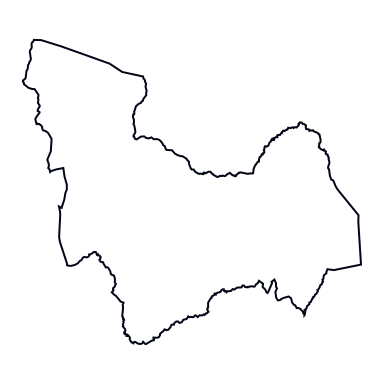 the district of Pusiga, Upper East, Ghana
{"feature_id": "2480657B9973692574538", "entity_name": "Pusiga", "entity_type": "district", "adm_level": 2, "iso_a3": "GHA", "parent_name": "Ghana", "parent_adm1": "Upper East", "projection": "equal_earth", "projection_center": [-0.091, 11.076], "detail": "fine", "context": "isolated", "style": "outline", "palette": "ink", "viewbox_px": 384, "rotation_deg": 0, "n_neighbors": 0, "source": "geoboundaries", "source_scale": "gbopen_adm2", "svg_char_len": 5988}
<svg xmlns="http://www.w3.org/2000/svg" viewBox="0 0 384 384"><path d="M361.0,264.6L358.3,221.9L358.5,215.2L337.5,189.4L335.6,186.2L333.3,180.5L331.3,179.6L329.9,175.8L329.1,169.7L328.0,167.9L328.6,165.2L329.3,163.7L329.4,161.8L328.5,159.1L328.9,157.8L328.0,156.4L327.8,155.1L327.1,154.4L326.4,154.5L325.6,153.3L326.0,151.8L325.0,150.6L324.1,150.7L323.9,149.5L322.5,150.0L320.6,148.9L318.8,147.2L319.3,146.2L318.9,145.5L319.3,144.5L319.2,143.3L320.4,142.5L320.6,139.8L319.4,134.3L318.7,134.3L318.0,133.1L313.6,131.2L312.9,130.2L312.0,130.6L310.8,130.3L309.4,130.9L309.1,129.6L308.5,129.3L306.2,129.1L305.7,127.5L306.0,125.5L304.3,124.2L302.5,123.8L301.9,122.6L301.0,122.8L299.9,122.3L298.5,123.9L299.0,124.6L298.7,125.1L296.6,127.5L294.3,127.2L293.6,128.0L293.0,127.4L292.0,127.4L290.9,128.1L288.2,127.7L287.8,129.0L287.1,129.2L286.7,130.0L286.1,129.9L284.5,131.0L283.8,130.6L282.8,131.0L282.0,132.8L281.6,132.5L280.1,134.9L277.7,135.0L277.5,135.9L277.1,136.0L277.3,137.2L275.8,137.2L274.7,137.8L274.0,140.0L272.1,139.9L272.4,138.8L271.8,139.1L271.2,140.2L271.3,141.0L269.5,142.6L268.3,145.7L266.2,146.7L265.2,146.2L264.5,147.2L264.2,149.9L263.8,150.3L264.2,151.0L264.2,152.8L263.2,153.1L262.7,154.5L261.9,154.2L260.6,156.8L259.7,157.1L259.0,159.5L259.0,161.5L258.0,161.6L254.9,165.8L253.6,169.0L253.1,173.3L252.7,173.5L249.7,173.4L248.1,173.9L240.1,172.3L239.5,172.9L238.6,172.9L237.1,174.5L236.2,174.8L235.8,176.1L234.7,176.2L233.2,175.1L232.6,175.3L229.9,172.9L227.4,174.1L225.0,176.2L222.8,175.6L221.8,176.1L220.3,175.8L217.6,177.1L213.4,174.9L213.0,174.0L211.5,173.3L210.9,172.1L210.3,171.8L208.6,171.7L205.4,173.3L204.1,172.5L203.5,172.9L203.6,173.9L203.3,174.2L200.6,173.6L198.9,173.9L195.2,171.8L193.8,169.6L191.6,169.4L190.8,168.5L189.1,164.1L188.9,161.6L187.6,160.5L186.5,158.8L182.5,156.2L180.8,156.2L177.1,154.9L174.7,153.4L172.1,150.3L166.5,149.9L165.9,149.3L164.7,146.1L163.1,145.1L162.5,143.4L160.5,140.9L158.8,139.6L157.0,139.1L153.7,139.2L151.4,137.4L148.5,138.4L146.1,137.9L144.2,136.4L140.9,136.6L136.6,139.4L135.2,138.9L134.7,138.4L134.3,136.9L133.5,136.5L133.6,135.3L135.2,132.7L135.4,131.6L134.3,125.5L133.4,123.9L134.0,122.7L133.9,119.7L133.0,117.3L133.1,114.6L134.1,114.3L134.3,113.7L134.2,111.7L136.0,106.2L138.7,103.8L141.0,102.9L141.6,101.5L142.8,100.9L143.4,98.9L146.2,95.2L146.2,92.3L146.7,91.0L145.5,86.6L146.1,83.7L145.3,82.3L144.8,80.0L143.5,78.4L143.1,76.5L122.3,72.0L109.5,63.6L61.0,46.3L41.1,40.1L33.9,39.9L33.1,41.7L31.9,42.7L31.5,44.8L31.8,46.6L31.6,48.0L30.1,50.4L29.8,51.7L30.9,59.3L30.1,61.1L29.4,61.8L29.1,63.5L27.9,65.3L27.9,67.5L27.4,69.6L26.5,70.9L25.6,78.3L23.0,80.5L23.0,81.3L23.2,82.2L23.8,82.6L24.0,84.2L28.3,87.7L32.0,89.0L34.6,89.1L38.3,94.5L38.5,96.0L37.8,97.8L38.4,99.1L38.0,103.2L39.6,105.3L39.7,106.3L37.9,109.4L37.7,111.1L39.5,112.0L39.6,112.7L37.0,116.0L35.3,119.0L36.5,124.0L37.6,123.6L38.0,124.1L39.2,124.0L41.0,125.3L42.1,126.9L42.2,128.3L43.0,130.3L45.5,131.0L48.1,132.9L51.6,138.9L50.8,151.3L47.3,159.7L48.8,164.2L48.8,166.8L48.3,167.5L48.3,168.3L49.4,169.2L50.2,172.0L51.1,171.1L55.9,169.5L63.3,168.0L64.5,176.5L66.8,184.5L66.8,189.6L65.4,192.9L64.3,199.5L61.6,207.9L59.0,206.5L60.1,212.1L60.2,215.5L59.1,237.1L59.9,241.8L66.9,263.2L67.0,265.2L68.8,265.8L71.8,265.8L75.6,264.6L78.3,262.9L79.6,261.1L81.4,260.1L82.8,257.8L84.1,256.9L86.9,257.4L88.1,256.9L88.9,256.1L89.2,254.4L90.3,254.5L94.1,251.9L95.9,252.1L97.0,255.0L97.5,255.3L98.0,254.5L98.4,255.3L99.8,255.8L100.7,257.3L100.2,258.0L100.2,259.1L99.4,259.8L100.4,261.4L100.7,261.9L103.2,262.3L103.5,263.6L105.8,267.4L107.5,267.3L108.5,268.2L110.4,271.5L110.7,273.8L112.4,275.2L113.2,275.1L114.1,275.8L114.9,278.7L114.8,282.2L115.9,284.1L115.1,285.2L114.8,286.6L113.1,288.2L113.0,289.4L113.5,290.1L113.1,291.0L111.8,292.2L114.2,294.8L116.2,296.1L120.6,301.5L123.5,302.7L122.7,304.8L123.1,307.6L122.2,316.3L122.9,317.1L123.0,318.8L123.7,318.8L124.1,320.1L123.3,321.1L123.7,322.3L122.8,324.6L123.3,325.8L122.9,326.4L125.1,329.2L125.4,330.6L125.0,331.9L124.3,332.1L124.2,333.4L124.8,334.0L125.5,333.6L126.4,335.0L126.5,336.0L127.3,336.0L127.8,335.0L129.5,336.9L129.9,337.8L129.7,339.4L131.4,342.3L132.1,342.3L133.4,343.3L134.1,342.1L135.2,341.9L138.1,343.7L140.8,344.0L142.5,343.1L143.1,341.8L145.3,344.0L145.9,344.1L151.9,340.6L153.8,340.3L154.1,339.7L153.4,338.5L153.5,337.5L156.4,337.8L158.7,337.3L159.9,335.4L160.1,333.7L163.5,330.9L163.8,330.2L164.8,329.3L166.2,330.2L168.4,329.7L170.7,326.8L171.3,325.0L172.1,324.6L173.9,324.7L174.4,323.0L176.2,321.6L177.9,321.4L179.4,322.9L181.3,322.4L181.9,322.1L183.2,319.9L186.6,318.9L188.3,316.4L189.3,317.2L190.8,316.8L192.5,317.2L193.9,316.7L194.8,315.6L195.5,315.3L197.7,317.1L199.3,315.4L202.7,315.3L203.7,314.4L204.6,314.9L206.1,313.3L206.7,313.4L208.5,311.8L207.5,310.5L207.6,309.4L207.2,308.8L208.1,307.5L208.1,302.7L210.7,298.3L211.5,298.1L211.8,296.4L214.1,295.1L214.6,293.7L215.8,294.6L216.3,293.2L220.6,291.8L221.4,290.1L222.8,289.3L223.8,289.2L224.1,291.0L224.7,291.4L225.8,291.0L226.5,292.3L227.7,291.2L230.9,291.0L232.7,289.1L234.1,289.6L237.1,287.6L241.4,287.4L242.6,285.5L244.1,285.6L244.8,286.8L246.9,287.4L247.4,286.9L248.5,287.2L249.5,286.5L252.2,286.3L253.8,286.7L254.9,286.4L256.0,284.4L257.9,283.0L258.9,280.8L263.1,283.8L262.6,286.9L265.5,289.8L266.1,291.8L267.5,293.0L268.3,291.8L272.0,283.2L271.6,281.8L274.4,279.6L276.0,283.2L276.0,286.6L277.0,288.4L275.4,292.0L276.2,297.7L277.9,300.4L280.1,300.1L281.2,299.0L284.3,297.7L288.7,296.5L291.1,298.4L292.2,302.6L293.9,304.8L295.2,305.3L296.7,308.1L297.8,307.9L300.4,308.8L301.2,310.1L303.2,311.5L303.1,313.0L304.1,313.5L304.3,315.4L304.8,314.7L305.4,310.9L304.8,309.7L306.1,309.2L307.1,306.2L309.5,304.0L309.3,302.6L310.8,301.9L312.3,298.7L312.9,298.3L313.2,296.9L314.3,296.6L315.0,294.7L316.2,293.9L317.8,291.3L317.5,290.1L317.9,290.1L319.4,287.7L320.4,285.0L321.6,284.5L322.4,282.1L322.8,282.1L323.0,281.4L322.5,279.6L323.2,279.3L323.9,275.3L326.4,273.3L326.4,272.0L327.4,269.2L333.9,270.1L361.0,264.6Z" fill="none" stroke="#020617" stroke-width="2"/></svg>